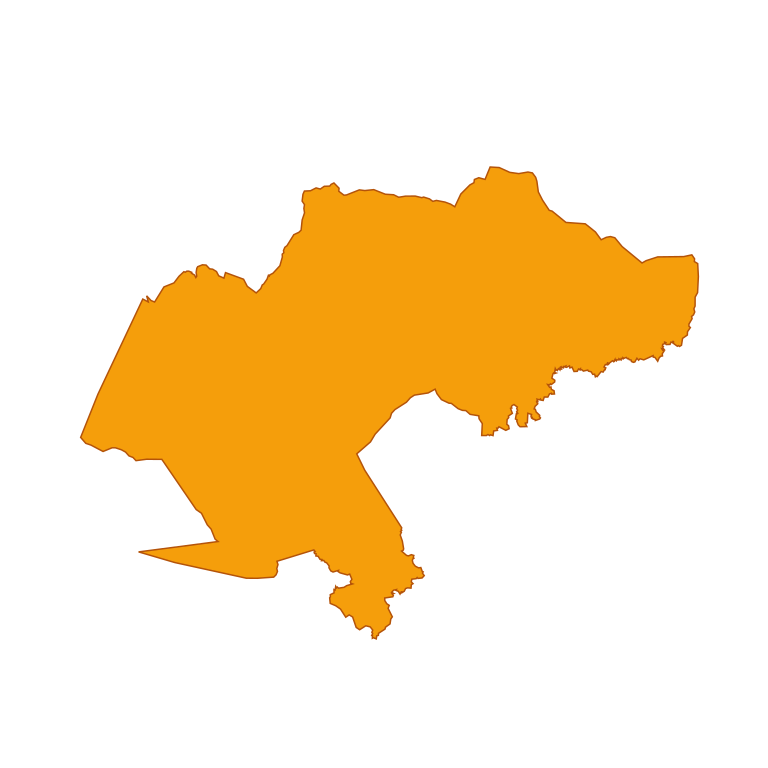 Sunyani Municipal, Brong Ahafo, Ghana (orthographic projection), rotated 24°
{"feature_id": "2480657B55840347650819", "entity_name": "Sunyani Municipal", "entity_type": "district", "adm_level": 2, "iso_a3": "GHA", "parent_name": "Ghana", "parent_adm1": "Brong Ahafo", "projection": "orthographic", "projection_center": [-2.299, 7.228], "detail": "fine", "context": "isolated", "style": "filled", "palette": "amber", "viewbox_px": 768, "rotation_deg": 24, "n_neighbors": 0, "source": "geoboundaries", "source_scale": "gbopen_adm2", "svg_char_len": 6170}
<svg xmlns="http://www.w3.org/2000/svg" viewBox="0 0 768 768"><g transform="rotate(24 384 384)"><path d="M640.0,227.6L638.2,220.9L641.2,215.9L640.0,212.8L640.9,207.8L639.1,207.2L638.2,205.2L638.9,199.0L637.5,197.2L638.6,195.0L638.6,191.8L636.5,189.3L636.5,186.3L632.9,178.1L633.3,173.0L627.5,158.0L621.6,146.4L617.7,145.9L616.8,143.3L612.7,140.8L606.0,145.7L582.3,156.6L573.3,164.7L570.5,168.5L545.6,161.6L535.4,156.5L530.9,157.2L527.4,159.6L523.7,163.9L515.3,159.1L502.7,155.8L484.5,162.4L467.3,157.7L464.3,158.1L454.1,151.6L446.9,145.8L441.2,136.6L438.5,133.5L433.7,130.8L429.3,131.8L421.5,137.0L412.8,139.5L401.2,139.4L392.7,142.6L393.1,156.0L386.7,157.0L383.4,160.4L384.3,163.5L381.5,167.2L376.9,179.2L376.6,193.3L371.6,192.6L365.7,193.0L357.2,195.0L354.3,197.3L350.3,196.4L344.2,197.1L342.7,198.4L336.2,199.6L327.3,203.6L321.5,207.4L315.8,207.2L308.0,210.1L295.6,210.6L287.8,215.1L282.5,216.7L272.8,226.6L270.6,227.8L264.3,226.3L263.3,223.4L256.5,220.7L254.5,223.1L253.9,225.3L249.0,227.7L246.5,231.8L242.2,232.5L238.2,237.4L232.8,240.1L232.8,243.6L234.8,250.2L238.4,252.5L239.4,256.2L241.8,260.0L242.5,267.4L245.7,277.2L244.5,280.1L240.9,284.2L239.1,297.1L237.8,299.5L237.9,303.0L239.1,304.8L238.2,306.8L239.5,309.4L240.8,318.3L237.5,328.0L235.3,330.8L235.3,332.0L234.2,331.7L234.5,335.8L233.4,341.7L232.5,343.0L232.6,347.0L230.2,352.8L219.4,350.4L213.1,345.4L193.9,346.7L194.7,352.4L189.0,352.4L185.2,349.4L180.8,348.8L177.9,349.7L173.1,347.7L169.6,349.0L166.1,352.6L165.9,354.4L167.0,358.5L169.1,361.7L168.8,363.3L166.5,361.5L163.1,361.1L163.0,360.2L159.8,360.3L158.0,361.1L157.0,362.7L155.5,362.8L152.9,369.0L151.0,377.1L143.5,384.8L141.1,402.4L137.2,402.5L131.3,400.0L135.3,404.9L129.1,404.5L126.8,509.7L128.6,556.2L135.7,559.5L141.0,559.0L154.8,559.9L161.5,552.9L164.7,551.5L170.8,550.9L175.6,551.3L180.2,553.4L184.6,553.2L188.6,554.9L197.7,549.3L211.7,543.2L263.5,575.1L269.8,576.3L279.8,584.5L285.1,586.9L292.8,594.4L296.5,595.4L228.1,637.2L265.5,632.2L337.2,617.4L347.1,613.1L361.8,605.3L363.0,602.3L362.9,598.5L361.1,596.2L360.6,592.1L358.3,589.5L387.4,564.1L389.3,565.1L388.5,566.0L389.5,567.1L391.0,566.7L391.7,568.8L393.9,568.2L396.9,570.2L398.7,569.6L398.8,570.8L400.8,569.7L402.6,570.8L404.2,570.6L407.8,572.5L408.5,574.3L411.4,576.4L413.9,576.5L418.2,572.8L418.3,574.0L420.7,574.4L428.3,573.3L430.0,571.6L434.1,575.5L433.6,578.2L434.6,579.5L436.6,579.4L431.9,583.4L430.2,586.0L425.5,589.0L423.9,588.5L423.6,589.5L422.2,588.5L423.1,592.1L421.9,592.1L423.3,595.1L420.6,598.3L421.6,600.3L421.3,601.4L424.1,606.3L430.0,606.2L435.8,607.3L443.9,612.6L446.1,609.1L450.1,609.6L457.6,617.7L461.7,618.4L465.7,612.3L470.2,611.5L473.8,613.4L473.9,615.8L475.1,616.5L475.1,618.7L475.8,618.5L476.8,621.0L477.5,620.1L480.6,620.0L479.8,617.0L481.1,615.9L480.4,614.0L484.6,607.5L484.3,605.5L487.1,600.7L485.8,596.0L486.3,593.3L479.0,587.3L478.8,584.1L475.9,583.6L472.8,581.5L471.7,579.2L478.6,574.8L478.5,573.3L476.7,572.4L478.1,571.4L475.7,571.2L476.6,568.5L479.0,566.7L479.0,567.7L481.4,567.6L484.1,569.4L484.3,566.8L485.1,566.5L485.4,567.2L486.8,565.1L486.9,562.1L488.5,560.6L491.7,559.5L490.6,556.1L491.7,554.6L489.4,553.7L488.8,551.0L492.6,548.7L493.0,547.3L494.1,547.8L497.7,545.7L498.7,542.7L496.0,541.1L496.2,539.7L495.1,539.6L492.3,536.7L490.4,537.9L486.7,537.7L483.5,536.0L481.8,533.9L481.4,532.4L482.2,531.0L481.2,530.4L481.0,528.5L478.4,528.8L476.2,531.1L474.3,531.4L468.0,529.5L469.2,527.9L469.0,526.6L464.7,520.1L460.2,515.3L460.2,512.4L459.1,512.0L459.7,510.4L458.8,509.9L458.7,508.2L401.5,470.6L387.5,458.9L395.2,442.4L396.3,433.4L403.4,412.5L402.8,407.7L404.4,402.9L411.9,391.5L413.7,385.8L416.3,381.8L428.0,374.2L432.8,367.9L436.3,371.3L442.8,374.9L451.1,375.1L453.4,374.3L461.8,376.4L466.3,376.2L469.6,375.0L475.0,376.7L483.5,374.5L485.0,377.1L489.9,380.2L494.2,391.3L498.4,389.5L499.5,387.9L501.5,388.1L501.9,387.1L504.6,386.8L503.3,382.3L506.5,380.2L505.0,378.5L506.0,378.2L506.4,376.3L514.1,376.8L516.5,374.0L514.7,371.4L512.6,370.9L510.9,366.3L511.6,364.0L510.7,362.6L513.2,358.6L509.5,354.8L510.5,353.9L509.7,353.4L509.7,351.7L511.1,349.9L515.2,350.8L515.3,352.6L516.7,353.5L516.5,355.4L517.4,355.8L517.1,356.7L518.0,356.6L517.2,358.2L518.3,362.5L520.3,362.7L520.4,363.9L523.2,366.7L525.7,367.7L531.8,364.8L529.0,362.3L530.7,361.1L527.3,352.2L531.2,351.8L531.3,353.5L532.6,355.0L533.0,354.3L534.2,355.4L536.7,355.1L537.1,355.8L540.5,352.6L540.7,351.3L539.2,350.6L539.0,349.3L534.3,347.6L532.6,345.6L531.3,345.7L531.1,343.0L532.5,339.5L530.6,338.2L530.6,337.4L531.5,337.3L530.0,335.6L532.4,335.2L533.0,334.1L533.7,334.9L536.1,334.3L535.7,330.7L539.0,329.3L539.2,325.7L540.7,324.4L541.2,325.1L543.8,323.8L542.1,321.0L539.1,320.8L537.7,318.8L536.7,319.7L533.7,317.9L535.8,317.4L535.9,316.2L537.1,316.4L539.1,312.7L538.5,311.1L535.0,310.4L534.2,305.9L534.5,304.9L535.4,305.2L536.7,304.0L535.2,304.2L534.2,300.3L535.6,301.5L536.2,300.6L536.9,301.0L537.2,299.0L538.8,299.5L538.0,298.0L538.7,298.8L539.9,298.3L538.1,297.2L538.8,296.1L539.7,296.7L541.3,296.3L540.5,294.5L541.3,295.2L542.6,293.8L542.5,294.8L543.9,294.6L546.1,292.0L547.3,293.7L548.9,292.1L552.5,295.3L555.4,293.8L555.6,291.2L556.5,291.3L557.2,290.1L557.7,291.3L558.7,290.5L560.9,291.1L564.5,288.4L565.5,289.1L568.2,288.6L570.8,290.3L572.4,289.4L574.1,291.4L574.4,290.5L575.7,290.6L577.3,284.3L579.3,284.0L579.7,281.2L580.8,280.9L579.8,280.8L580.1,279.1L578.1,279.0L578.3,276.2L580.6,275.5L581.1,274.4L579.6,274.6L579.6,273.7L581.1,273.7L583.3,269.8L584.7,270.2L585.0,267.8L585.5,268.8L586.0,267.5L586.9,268.2L587.1,267.1L588.9,266.4L588.4,265.4L590.8,265.6L590.4,264.1L592.1,263.8L591.6,262.8L592.7,263.0L594.5,261.2L596.1,261.9L596.9,261.3L598.1,262.0L600.0,261.6L600.9,262.8L603.0,262.8L604.2,261.8L604.6,257.6L606.9,258.7L607.7,256.8L611.5,256.3L618.3,248.6L619.0,249.9L620.7,249.5L624.8,251.9L624.7,248.3L625.5,246.1L627.0,245.1L625.9,243.2L626.5,239.7L624.8,239.8L623.3,238.7L625.4,238.3L623.8,237.5L623.9,236.1L622.9,236.2L622.5,234.4L623.9,233.1L623.3,231.6L624.7,231.5L624.5,232.6L625.8,233.2L629.2,231.5L629.1,229.0L630.3,228.8L630.7,227.5L631.5,227.8L631.0,229.0L636.6,230.2L637.3,229.2L638.7,229.5L640.0,227.6Z" fill="#f59e0b" stroke="#b45309" stroke-width="1.5"/></g></svg>